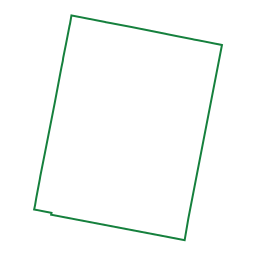 outline of Kimball, Nebraska, United States of America, rotated 101°
{"feature_id": "52423323B77257907363499", "entity_name": "Kimball", "entity_type": "district", "adm_level": 2, "iso_a3": "USA", "parent_name": "United States of America", "parent_adm1": "Nebraska", "projection": "mercator", "projection_center": [-103.821, 41.198], "detail": "fine", "context": "isolated", "style": "outline", "palette": "green", "viewbox_px": 256, "rotation_deg": 101, "n_neighbors": 0, "source": "geoboundaries", "source_scale": "gbopen_adm2", "svg_char_len": 599}
<svg xmlns="http://www.w3.org/2000/svg" viewBox="0 0 256 256"><g transform="rotate(101 128 128)"><path d="M227.3,51.0L205.2,51.5L28.6,51.6L28.5,76.2L28.6,79.9L28.5,81.8L28.5,96.7L28.5,96.8L28.5,97.9L28.2,144.1L28.3,160.8L28.3,164.5L28.4,170.3L28.3,170.5L28.3,198.5L28.3,199.0L28.3,205.0L32.4,204.9L37.1,204.8L38.6,204.9L52.0,204.9L52.4,204.9L57.7,204.9L71.6,205.0L74.6,204.8L79.9,204.9L85.7,204.9L117.5,204.7L169.3,204.8L169.5,204.8L192.0,204.9L195.2,204.8L214.2,204.7L214.3,204.7L221.6,204.5L225.9,204.6L225.9,186.9L227.8,186.9L227.3,51.0Z" fill="none" stroke="#15803d" stroke-width="2"/></g></svg>